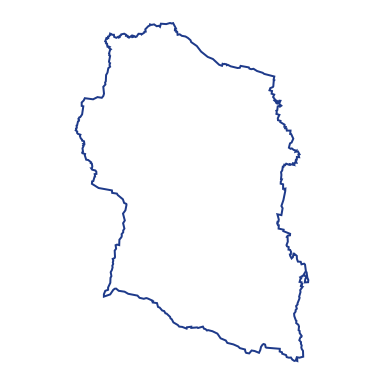 outline of Lao Khwan, Kanchanaburi, Thailand
{"feature_id": "78962969B77063732556274", "entity_name": "Lao Khwan", "entity_type": "district", "adm_level": 2, "iso_a3": "THA", "parent_name": "Thailand", "parent_adm1": "Kanchanaburi", "projection": "orthographic", "projection_center": [99.659, 14.592], "detail": "fine", "context": "isolated", "style": "outline", "palette": "blue", "viewbox_px": 384, "rotation_deg": 0, "n_neighbors": 0, "source": "geoboundaries", "source_scale": "gbopen_adm2", "svg_char_len": 5927}
<svg xmlns="http://www.w3.org/2000/svg" viewBox="0 0 384 384"><path d="M103.9,296.6L110.2,294.4L113.3,289.8L114.8,288.7L116.1,288.6L118.7,290.8L124.6,291.7L128.2,293.8L137.5,295.6L139.5,297.8L143.8,298.8L146.2,298.1L147.5,298.4L152.4,300.6L152.3,301.3L153.1,301.4L152.9,302.5L157.0,303.1L158.0,306.9L159.7,307.6L162.2,310.5L164.2,311.1L165.4,313.3L166.6,313.6L170.1,316.9L170.5,318.4L171.8,319.3L173.4,322.4L177.8,325.0L179.2,326.6L182.2,326.9L186.6,328.6L186.9,327.3L191.3,326.7L191.3,327.9L197.1,327.4L198.0,328.0L202.9,326.6L204.0,328.7L205.5,329.1L207.0,330.5L208.0,330.1L212.4,331.2L217.4,333.6L220.6,338.3L225.8,340.5L227.3,342.9L233.4,344.4L238.2,346.5L239.8,348.1L245.0,349.5L245.4,351.7L246.2,352.9L249.2,353.4L251.6,350.5L254.6,351.0L259.0,352.8L260.3,350.0L261.0,346.9L262.6,344.6L263.7,344.0L265.1,344.6L265.7,347.3L266.5,347.7L279.8,348.8L279.7,351.5L282.0,352.3L282.2,353.7L286.1,355.1L286.7,357.1L289.0,357.7L290.9,357.5L292.3,359.6L294.3,360.9L296.0,360.5L297.3,361.0L297.2,359.3L296.2,359.1L296.8,357.2L299.4,357.7L303.2,356.7L303.0,350.9L301.7,348.9L301.3,347.4L301.7,345.5L300.9,343.8L301.0,342.1L299.3,340.2L300.4,337.3L301.3,337.0L301.7,336.0L299.7,333.1L299.6,330.9L298.6,330.2L299.0,326.5L298.3,324.7L296.2,323.1L296.4,320.8L295.9,320.5L294.3,316.1L294.1,313.6L295.6,311.6L295.6,310.1L296.8,308.7L296.1,306.1L297.6,304.4L297.5,303.4L299.3,298.9L299.6,297.7L299.1,296.8L300.5,292.0L300.2,290.1L302.4,287.1L301.7,287.1L301.8,286.0L300.9,286.0L301.0,285.3L301.8,285.3L302.2,283.5L301.1,282.7L301.3,282.2L299.6,281.9L300.5,278.7L301.0,278.5L300.2,277.3L302.0,276.6L301.8,276.3L303.1,275.6L304.4,273.5L304.3,275.6L306.5,276.7L305.3,279.1L304.8,282.4L308.1,282.2L308.3,280.0L307.3,277.5L306.6,272.3L306.0,271.9L305.0,264.5L304.1,263.7L301.5,264.3L300.7,261.8L297.9,261.6L296.9,258.8L296.8,255.9L295.4,254.7L294.8,254.9L294.3,253.7L293.5,253.6L292.9,257.1L291.6,258.4L290.2,255.8L289.9,254.5L290.8,254.3L291.0,251.7L290.1,249.9L288.5,249.6L288.7,247.1L287.0,246.3L286.5,245.1L287.8,241.7L287.6,237.5L286.8,237.0L287.7,235.7L290.0,235.3L290.1,233.8L283.3,231.1L283.6,229.7L278.6,228.6L278.8,225.3L278.0,225.2L277.2,223.4L277.3,222.7L277.8,222.7L277.7,221.6L278.5,221.4L278.8,219.5L277.4,214.3L281.4,215.1L282.6,208.2L281.4,206.0L283.4,200.1L285.2,191.3L285.3,190.0L284.8,189.9L285.3,188.6L283.1,188.8L283.1,184.3L280.7,183.7L280.8,181.6L281.9,179.3L281.0,179.1L281.4,175.0L281.1,172.1L282.2,170.5L282.8,166.7L283.5,166.8L284.3,164.7L285.2,165.1L286.2,163.7L289.1,164.8L289.8,164.9L289.8,164.1L293.3,164.8L292.7,164.2L293.0,163.2L294.6,163.7L295.0,162.5L296.5,162.7L295.7,160.4L295.9,159.7L296.8,159.6L296.9,157.0L299.1,157.2L298.4,154.6L299.5,154.3L297.9,151.4L296.1,151.7L296.3,150.8L295.5,151.3L295.7,150.5L293.7,149.9L291.8,148.4L290.6,148.8L288.9,147.7L290.0,143.4L291.6,142.5L293.3,138.7L291.2,134.1L290.2,134.0L290.5,130.6L286.8,130.6L286.5,128.5L285.2,128.3L285.7,126.9L284.3,126.7L284.6,124.7L280.3,122.1L280.5,120.9L278.0,120.2L277.8,118.2L279.4,114.9L276.4,113.9L276.8,111.9L276.3,110.7L277.3,110.1L277.7,106.4L279.6,105.8L280.0,106.6L281.3,105.7L279.1,103.8L280.4,100.8L279.5,100.7L279.1,101.9L278.5,101.5L277.1,103.5L276.2,102.8L277.3,101.1L276.6,100.7L275.8,101.7L274.2,100.3L275.0,99.5L273.1,97.0L274.2,94.6L271.6,93.7L272.0,91.0L269.5,90.3L270.3,88.1L272.8,87.1L273.3,86.3L273.7,81.2L274.3,80.2L273.6,79.8L274.3,76.5L264.2,73.9L262.7,72.8L257.0,71.0L253.5,68.8L251.2,69.2L249.4,68.6L248.8,67.4L240.6,65.9L239.8,67.8L237.6,68.0L230.6,66.3L228.0,64.9L226.8,65.2L226.5,64.3L224.4,63.9L223.9,64.2L222.6,63.8L222.0,65.8L219.2,64.8L212.9,59.0L207.7,56.9L201.1,51.6L196.8,46.0L191.2,42.1L190.5,40.2L188.0,38.0L185.5,36.5L181.8,35.8L179.7,34.3L177.6,34.8L177.2,31.9L176.2,31.8L176.2,30.8L174.9,30.4L175.0,28.9L176.0,28.6L173.1,23.1L171.8,23.5L170.0,23.0L166.2,24.1L160.9,23.7L160.0,26.8L158.9,25.8L156.7,26.2L154.1,24.4L151.5,24.9L150.0,24.4L149.8,25.5L148.3,26.2L145.3,29.3L145.7,31.6L144.4,31.8L144.3,32.6L141.6,34.4L141.4,33.9L138.5,33.8L136.6,36.6L135.5,37.0L135.0,36.5L133.6,36.8L133.9,36.0L132.2,35.5L131.7,36.8L131.0,36.2L129.8,37.1L128.5,36.8L128.5,37.4L127.7,37.0L127.6,35.9L126.0,35.8L126.2,34.8L124.2,33.7L121.2,34.4L120.9,35.3L120.0,35.7L119.7,37.2L119.1,37.4L119.0,36.9L118.6,37.4L118.1,36.8L116.3,37.8L114.2,36.9L113.9,34.8L112.4,34.8L111.3,34.1L110.8,34.6L110.1,33.8L109.2,36.3L108.0,36.6L108.2,38.1L106.7,38.0L106.8,38.8L106.2,38.7L105.2,41.4L106.0,41.8L106.1,42.7L106.6,42.3L106.1,43.1L107.1,43.8L107.2,45.9L109.3,46.8L108.8,47.1L109.6,47.3L109.3,48.3L110.8,49.3L110.1,49.9L109.0,53.6L109.5,54.2L109.2,55.3L110.1,56.0L109.0,61.6L109.4,62.7L110.1,63.2L109.5,65.0L110.1,66.7L108.3,68.2L107.5,72.6L106.1,75.0L105.8,81.3L105.1,82.5L105.4,84.5L103.3,86.8L104.0,93.7L103.3,96.0L101.8,97.8L97.5,97.1L93.1,99.3L84.8,98.2L83.7,100.5L81.7,102.5L81.7,105.9L83.3,106.3L82.1,114.4L80.2,117.2L79.4,117.3L78.4,118.9L79.1,119.9L78.7,121.1L78.0,121.4L77.1,125.4L76.6,125.6L76.8,127.8L76.0,128.5L76.2,129.5L75.7,130.3L77.2,131.5L77.1,132.9L77.8,133.8L80.4,134.7L79.9,136.0L80.8,138.4L82.1,139.7L82.1,140.6L84.0,141.3L84.3,143.3L83.3,143.8L84.2,144.7L83.1,145.6L83.5,146.2L82.5,148.3L83.0,151.7L82.2,152.4L82.4,153.2L85.1,154.0L84.8,155.3L86.2,159.7L88.2,160.0L91.1,162.3L90.7,163.0L91.9,163.8L92.3,166.4L91.9,168.4L91.3,168.4L92.2,169.7L95.4,170.5L96.3,171.7L96.4,173.9L94.7,174.1L95.1,176.6L94.5,176.9L93.3,181.1L92.1,181.4L91.9,183.8L98.6,188.0L111.9,190.4L112.2,192.9L116.9,193.6L117.8,195.1L122.9,199.3L124.1,202.9L126.3,203.9L126.5,204.8L125.4,210.3L123.0,213.6L124.8,220.5L123.1,223.2L124.4,228.6L123.2,230.5L123.2,232.3L121.6,234.2L121.8,235.9L121.4,237.2L119.4,239.7L119.2,245.1L117.0,244.6L115.6,245.2L116.1,248.7L114.7,250.6L115.0,257.1L114.5,258.1L112.7,258.9L113.3,260.8L112.8,262.3L113.2,263.9L112.3,265.8L112.6,267.3L111.9,270.0L110.7,272.2L111.4,276.1L110.5,277.8L110.3,282.8L108.1,287.5L108.1,289.8L105.3,290.8L103.9,294.2L103.9,296.6Z" fill="none" stroke="#1e3a8a" stroke-width="2"/></svg>